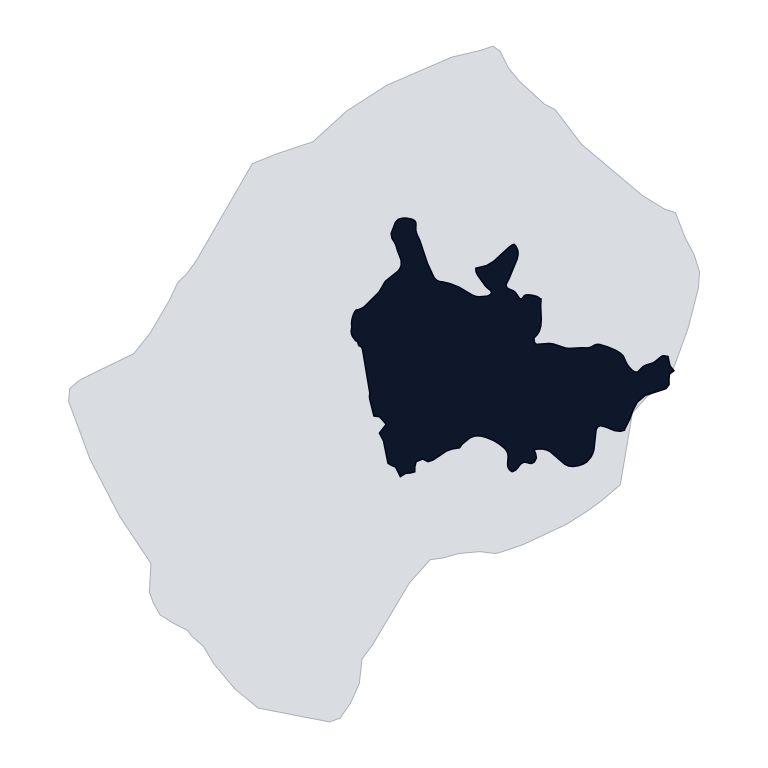 where Thaba-Tseka sits in Lesotho
{"feature_id": "LSO-1215", "entity_name": "Thaba-Tseka", "entity_type": "District", "adm_level": 1, "iso_a3": "LSO", "parent_name": "Lesotho", "parent_adm1": "", "projection": "natural_earth1", "projection_center": [28.641, -29.5], "detail": "fine", "context": "in_parent", "style": "filled", "palette": "ink", "viewbox_px": 768, "rotation_deg": 0, "n_neighbors": 0, "source": "natural_earth", "source_scale": "10m", "svg_char_len": 3938}
<svg xmlns="http://www.w3.org/2000/svg" viewBox="0 0 768 768"><path d="M522.9,544.7L498.7,552.8L495.3,553.5L479.8,551.6L459.0,553.5L442.7,558.0L430.1,559.7L409.4,582.9L372.0,645.7L362.0,658.8L359.3,683.5L350.6,703.0L340.0,718.2L329.6,721.9L298.3,715.9L258.3,708.1L235.0,689.1L214.2,664.2L203.2,646.1L191.8,636.2L187.9,630.6L171.5,622.3L165.4,618.0L159.9,614.9L153.3,602.8L149.4,592.4L150.9,563.3L139.3,545.9L119.6,516.3L107.0,492.0L89.9,458.9L79.4,430.5L68.5,401.1L69.8,388.5L80.1,379.8L110.3,365.0L133.8,353.6L150.5,332.6L168.8,301.4L177.7,282.6L186.6,274.0L196.3,260.7L213.2,231.3L232.1,198.7L252.4,163.6L278.0,153.4L313.0,141.7L346.6,111.1L386.6,85.3L451.3,57.3L481.5,50.1L493.0,46.1L500.2,51.4L508.0,67.4L518.9,80.8L544.5,104.2L555.3,109.8L581.6,144.4L609.8,168.1L642.2,195.4L664.3,209.0L675.5,212.7L684.8,237.0L694.2,254.9L699.5,271.7L698.4,288.1L688.1,328.2L673.2,369.2L661.2,386.3L646.6,397.0L632.3,413.2L626.8,446.1L620.3,484.7L601.7,500.6L587.2,511.1L567.2,523.9L522.9,544.7Z" fill="#d9dde1" stroke="#a8b0b8" stroke-width="1"/><path d="M668.2,356.6L668.2,357.8L670.0,365.7L673.9,370.8L669.5,374.0L669.0,379.1L669.1,384.5L666.1,388.6L645.3,395.4L637.4,402.0L633.0,410.2L629.6,419.5L624.6,429.3L624.5,430.2L624.4,430.2L620.4,431.3L614.8,430.7L605.8,427.0L600.2,425.6L597.6,427.1L596.1,429.7L593.9,449.8L592.8,453.4L590.9,457.1L586.7,462.0L582.7,464.3L578.4,465.7L572.9,466.5L568.5,466.0L564.6,464.1L550.0,451.5L546.4,449.9L542.5,449.0L536.9,449.1L534.4,449.7L534.0,449.8L535.7,453.8L536.4,458.0L534.3,462.0L531.6,463.5L529.0,463.2L526.5,462.4L523.9,462.2L521.3,463.5L519.4,465.5L517.7,467.9L515.7,470.1L512.3,471.7L511.1,471.1L509.6,469.9L508.4,468.1L507.7,466.0L507.6,463.4L508.1,457.1L507.9,454.2L507.1,451.8L505.7,449.6L503.8,447.6L498.8,443.7L493.6,440.5L486.1,437.4L480.6,436.0L477.0,435.9L474.4,436.1L469.8,437.9L462.2,444.1L459.6,447.8L452.5,448.9L446.4,451.0L439.4,455.8L432.8,460.1L428.0,461.7L422.7,459.0L416.1,461.7L414.8,467.0L414.8,471.8L410.8,472.9L405.6,473.4L400.3,476.6L397.7,471.3L395.5,467.0L391.5,465.4L388.0,463.3L387.5,460.9L383.5,440.9L379.4,433.1L386.2,424.3L379.6,416.8L373.9,416.0L369.8,399.4L369.4,396.5L369.8,393.1L362.7,350.6L362.0,348.1L361.1,346.7L358.9,345.7L358.3,344.4L357.8,342.7L357.3,341.4L355.5,340.6L354.8,339.8L354.0,338.4L352.5,336.5L351.6,334.4L351.1,331.6L351.8,326.7L351.5,323.5L351.8,320.4L352.4,317.6L353.4,314.5L354.7,311.7L356.2,310.0L358.3,309.7L361.7,308.3L364.3,306.7L378.9,292.2L381.6,287.7L382.5,286.1L384.7,282.2L386.0,280.7L397.8,271.3L399.9,268.6L401.2,265.3L401.1,260.1L397.4,250.4L396.0,245.5L395.1,243.5L394.1,241.7L392.0,238.4L391.1,233.5L395.4,222.4L398.2,219.4L401.3,218.4L404.0,218.0L406.6,218.1L410.9,218.9L412.9,219.6L414.7,220.7L415.8,222.5L416.0,224.8L415.8,227.7L415.9,230.9L416.9,234.2L420.0,240.9L427.4,263.2L434.1,277.7L436.7,280.3L439.8,281.6L442.4,281.8L450.0,283.6L458.9,287.1L472.2,295.0L476.1,296.5L479.1,296.8L487.2,296.1L489.2,295.3L490.7,294.1L491.6,292.9L491.3,291.7L490.2,290.1L487.1,287.7L485.3,285.9L477.6,275.1L476.5,272.9L476.0,271.7L475.8,268.2L486.6,265.6L493.6,261.4L509.1,247.1L512.1,245.0L514.0,244.3L515.5,245.6L516.8,247.9L518.0,251.1L518.1,254.5L517.2,258.9L509.4,277.9L506.7,283.2L506.0,285.3L507.0,287.7L509.4,289.2L513.2,290.7L515.4,292.4L519.4,298.2L521.2,299.1L522.6,298.2L523.5,296.7L524.4,295.6L526.1,294.9L528.9,294.8L532.1,295.2L536.5,296.3L538.5,297.3L539.6,298.5L541.1,299.0L540.7,305.7L541.3,319.3L540.8,326.1L539.4,330.9L537.2,334.7L533.6,338.3L534.2,339.3L534.1,340.5L534.3,341.6L535.3,343.8L537.2,344.3L549.2,343.4L553.5,344.0L565.8,348.1L569.4,348.4L582.7,347.7L585.8,347.9L588.5,347.8L590.9,347.1L594.9,344.9L597.1,344.3L599.5,344.4L608.0,347.0L616.1,350.5L620.4,353.2L623.3,356.0L626.3,362.8L628.5,366.3L632.1,370.2L634.1,371.6L636.7,372.2L638.0,371.7L643.0,366.6L645.7,365.2L653.2,362.8L654.9,361.7L661.3,356.5L662.5,355.9L663.6,355.7L668.1,356.5L668.2,356.6Z" fill="#0f172a" stroke="#020617" stroke-width="1.5"/></svg>